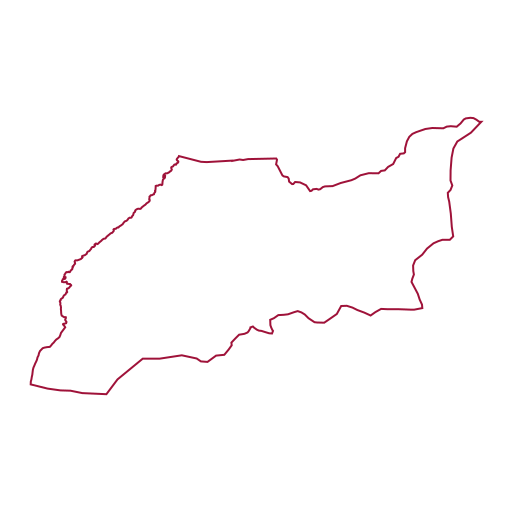 Ngaoundaye, Ouham-Pendé, Central African Republic (Albers equal-area conic projection)
{"feature_id": "33826404B95792566341641", "entity_name": "Ngaoundaye", "entity_type": "district", "adm_level": 2, "iso_a3": "CAF", "parent_name": "Central African Republic", "parent_adm1": "Ouham-Pendé", "projection": "albers", "projection_center": [15.477, 7.286], "detail": "fine", "context": "isolated", "style": "outline", "palette": "rose", "viewbox_px": 512, "rotation_deg": 0, "n_neighbors": 0, "source": "geoboundaries", "source_scale": "gbopen_adm2", "svg_char_len": 5849}
<svg xmlns="http://www.w3.org/2000/svg" viewBox="0 0 512 512"><path d="M224.3,354.8L228.6,349.6L231.7,345.3L231.4,342.6L235.4,338.4L239.1,334.7L241.6,334.3L244.5,333.8L247.5,332.5L248.5,331.4L250.4,328.2L250.4,327.4L252.9,326.5L254.1,327.7L256.9,329.7L258.9,330.6L261.5,330.9L264.6,331.9L269.2,333.3L272.0,333.5L273.0,330.9L272.2,329.7L271.2,327.5L270.4,325.2L270.2,319.8L273.9,318.2L278.3,315.1L283.8,314.8L288.0,314.3L294.0,312.2L297.7,311.1L301.4,312.4L304.8,314.5L308.5,318.2L314.5,322.2L317.1,322.5L324.2,322.7L328.9,319.5L336.8,314.0L341.2,306.0L346.8,305.8L352.5,307.6L357.3,310.0L364.3,312.6L370.6,315.5L375.4,312.1L381.1,308.9L387.4,309.2L398.4,309.2L404.2,309.4L411.8,309.7L414.0,309.7L422.3,308.1L422.0,304.6L419.7,299.6L417.8,293.8L414.9,288.3L411.5,281.9L412.3,278.7L413.9,274.5L413.3,271.1L413.1,265.5L415.2,260.2L422.2,254.7L427.0,248.6L433.5,243.3L438.2,241.2L442.4,239.8L449.8,239.8L453.2,236.4L451.8,226.9L450.8,213.6L449.2,201.6L448.1,197.1L447.8,192.8L450.5,190.0L452.3,185.5L450.5,180.5L450.6,170.3L451.6,157.6L453.4,148.5L457.3,141.5L470.9,132.7L481.3,121.8L479.3,121.8L476.4,119.7L473.5,118.1L470.3,117.8L465.8,118.4L463.8,119.5L460.5,123.5L456.7,126.7L450.8,126.2L446.8,126.6L443.3,128.3L432.3,128.0L425.3,129.0L416.3,132.1L412.4,133.9L409.3,136.8L406.9,141.3L405.1,148.2L405.1,152.2L403.8,153.4L400.1,153.8L398.5,156.8L396.2,158.0L393.2,164.0L388.1,166.9L384.8,170.4L381.1,170.9L378.5,173.3L368.7,173.2L360.4,175.3L355.2,178.6L351.4,180.2L340.7,183.0L332.6,186.1L325.0,186.4L322.8,187.1L320.2,189.2L318.5,189.6L316.6,188.9L313.0,189.3L311.5,190.8L310.1,191.1L306.1,185.3L300.0,182.4L295.1,182.0L293.3,184.0L292.1,184.1L289.1,181.6L288.7,178.6L287.6,177.1L283.8,176.4L282.4,175.4L277.7,166.2L276.1,164.4L277.0,159.7L276.2,158.5L248.0,159.1L243.1,160.0L239.6,159.5L232.3,160.9L232.3,160.6L206.7,162.1L201.0,161.8L179.0,156.1L178.9,156.6L178.7,156.9L178.1,157.4L177.1,158.7L176.8,159.1L176.7,159.4L176.7,159.7L176.9,160.1L177.3,160.6L177.7,160.9L178.1,161.1L178.3,161.4L178.3,161.7L178.3,162.0L177.9,162.7L177.5,163.0L176.9,163.2L176.4,163.6L176.3,163.8L176.3,164.3L176.0,164.7L175.9,164.7L175.7,164.7L174.8,164.5L174.6,164.5L174.4,164.6L173.8,165.3L173.1,166.3L172.8,166.5L171.8,166.9L171.3,167.3L171.2,167.9L171.8,169.6L171.1,170.8L169.7,171.6L169.4,172.2L168.2,172.7L167.8,173.1L167.1,173.3L165.6,173.3L163.8,174.6L163.4,175.3L163.2,177.1L163.6,177.3L164.0,177.1L164.1,176.0L164.3,175.5L164.7,175.6L165.1,175.7L165.0,177.3L164.5,178.3L163.4,179.0L163.0,179.5L162.7,180.9L162.5,182.2L162.4,184.0L162.2,184.8L161.6,185.1L160.8,184.7L160.2,184.7L159.2,184.9L158.0,185.7L156.4,185.7L155.7,186.0L155.6,188.3L155.4,190.2L155.3,190.6L155.0,190.8L155.0,191.0L155.3,191.7L155.1,192.1L154.4,192.9L154.2,193.3L154.1,193.5L154.0,194.2L153.9,194.3L152.9,194.6L152.4,194.9L151.8,195.2L150.7,195.3L150.3,195.9L149.5,196.6L149.5,197.8L149.2,199.2L149.3,199.6L149.7,199.9L149.7,200.6L149.5,201.1L148.4,202.2L147.4,202.8L146.4,203.5L145.4,204.7L144.4,205.3L141.5,207.6L141.3,208.1L140.6,208.8L139.7,208.9L138.7,208.7L137.4,208.9L135.9,209.8L135.2,210.5L135.2,211.2L135.0,211.8L133.7,212.9L133.1,215.2L132.1,216.2L131.6,217.4L130.9,217.8L129.6,217.7L128.7,218.3L128.4,218.5L127.6,219.8L126.5,220.8L124.8,221.4L123.5,222.9L122.6,224.3L121.8,224.8L120.5,225.8L120.0,226.0L119.4,226.4L118.4,227.5L117.7,227.4L116.7,227.9L115.8,228.8L115.0,228.8L113.8,229.1L113.5,229.5L113.8,230.4L113.7,231.0L112.2,232.8L111.4,233.0L110.3,233.6L109.4,234.5L108.5,235.1L107.7,235.9L106.6,236.7L106.1,237.6L105.3,238.5L103.6,238.8L102.1,239.9L101.3,240.8L99.3,242.4L98.6,243.2L98.3,243.4L97.7,244.0L97.3,244.1L96.1,243.5L95.9,243.5L95.7,243.6L94.6,244.5L94.5,244.9L94.5,245.0L94.9,245.2L95.1,245.3L95.1,245.6L94.6,246.1L94.2,246.5L94.0,246.8L93.9,246.9L93.7,247.0L92.6,247.0L92.3,247.1L91.7,247.6L91.5,247.9L91.1,248.9L90.5,249.5L89.7,250.6L89.3,251.0L89.0,251.2L88.3,251.4L87.6,251.8L87.3,252.1L87.1,252.6L86.8,253.5L86.7,253.8L86.3,254.1L84.8,255.2L83.1,255.7L82.1,256.2L82.1,256.9L82.5,257.4L82.0,258.1L81.5,258.4L80.9,259.0L79.7,259.5L77.2,260.4L75.7,260.3L75.1,260.6L74.6,261.7L75.0,262.8L75.1,263.7L74.2,264.6L73.4,266.0L72.8,266.2L72.5,266.9L72.8,267.6L72.3,268.2L72.2,269.3L70.7,270.5L70.2,271.6L69.8,272.1L69.0,272.2L68.5,271.8L67.4,272.2L66.4,272.1L65.4,273.3L65.1,273.9L64.5,274.6L64.5,276.2L63.9,276.8L63.8,277.6L64.1,278.1L64.5,278.1L65.2,277.2L65.5,277.2L65.6,277.8L65.4,278.2L65.0,278.8L64.2,279.0L63.1,279.0L62.8,279.2L62.4,280.4L62.0,280.9L62.0,281.5L62.0,281.8L63.5,282.2L65.4,282.2L66.5,281.7L66.9,282.1L66.7,282.8L67.0,283.2L67.2,283.8L68.2,283.8L69.0,284.0L70.0,284.0L70.4,284.5L71.0,284.9L71.2,285.3L70.8,285.9L69.9,286.6L69.6,287.2L69.1,287.8L68.3,288.2L68.0,288.5L67.5,288.5L67.0,288.7L66.8,289.6L66.8,291.0L67.2,292.0L66.9,292.5L66.3,292.6L65.5,294.4L64.2,295.2L63.7,295.8L63.2,296.7L63.1,297.3L62.8,297.7L62.4,298.1L61.8,298.4L61.2,298.8L60.9,299.2L60.6,299.5L60.7,300.0L60.5,300.4L59.9,301.0L59.8,301.6L59.9,301.9L60.2,302.2L60.4,303.1L60.3,304.0L60.2,304.5L60.3,305.0L60.7,305.6L60.8,306.3L61.0,307.4L60.9,308.5L60.9,309.5L61.0,310.0L61.0,310.4L61.1,311.0L61.1,311.8L61.2,313.4L61.4,314.5L61.7,315.6L62.9,316.4L64.0,317.1L65.0,317.1L65.8,317.2L65.9,317.7L65.8,318.3L65.2,319.5L65.2,320.0L66.5,322.0L66.3,322.6L66.1,323.2L64.4,323.7L63.5,323.8L63.1,324.0L63.0,324.3L63.2,324.7L64.4,326.0L65.2,327.3L61.0,332.9L60.3,335.1L59.5,337.0L58.1,338.3L56.3,339.5L55.0,340.9L53.8,342.5L52.3,343.9L51.1,345.5L49.8,346.9L47.2,347.1L44.5,347.6L42.7,348.2L40.0,351.0L39.0,353.2L38.5,355.5L37.5,357.4L37.0,359.6L36.2,361.5L35.2,363.5L34.4,365.5L33.5,367.5L32.9,369.7L32.6,372.1L32.3,374.7L31.8,376.9L31.4,379.4L30.8,381.6L30.7,384.4L47.6,388.6L60.5,390.4L70.5,390.7L82.3,393.1L106.4,394.2L117.5,379.4L142.7,358.7L159.4,358.7L181.8,355.3L196.7,358.5L200.9,361.4L207.5,361.9L216.1,355.6L224.3,354.8Z" fill="none" stroke="#9f1239" stroke-width="2"/></svg>